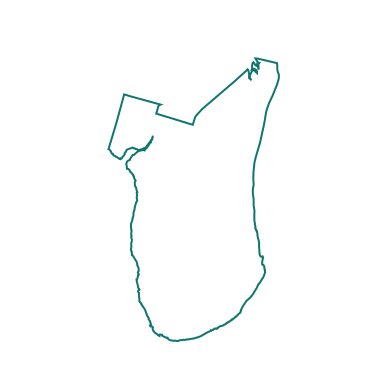 Kusini, Zanzibar South and Central, United Republic of Tanzania (orthographic projection), rotated 17°
{"feature_id": "72390352B36829534131483", "entity_name": "Kusini", "entity_type": "district", "adm_level": 2, "iso_a3": "TZA", "parent_name": "United Republic of Tanzania", "parent_adm1": "Zanzibar South and Central", "projection": "orthographic", "projection_center": [39.51, -6.327], "detail": "fine", "context": "isolated", "style": "outline", "palette": "teal", "viewbox_px": 384, "rotation_deg": 17, "n_neighbors": 0, "source": "geoboundaries", "source_scale": "gbopen_adm2", "svg_char_len": 6025}
<svg xmlns="http://www.w3.org/2000/svg" viewBox="0 0 384 384"><g transform="rotate(17 192 192)"><path d="M215.8,45.2L213.6,45.7L216.8,48.6L217.7,49.0L218.6,48.8L218.4,49.4L217.8,49.6L219.7,54.7L219.8,55.5L217.9,51.8L216.7,51.2L216.9,52.5L215.7,52.3L212.9,49.9L212.2,51.0L212.7,54.7L213.4,56.1L215.9,56.1L217.9,56.6L219.0,57.9L219.4,59.3L217.5,58.4L216.8,57.8L213.4,57.5L213.2,58.2L214.0,58.7L213.3,63.6L213.7,65.2L213.6,65.8L214.3,66.4L215.4,66.9L215.3,67.3L213.2,66.3L212.5,63.5L211.3,60.9L210.4,59.4L209.4,58.5L201.1,72.5L177.4,109.8L173.7,117.6L173.1,119.6L173.1,127.5L134.9,127.5L134.8,119.4L135.2,118.6L136.4,117.6L105.1,118.5L98.6,118.5L99.5,148.1L99.6,175.4L100.3,175.5L101.2,176.1L102.0,176.3L103.1,177.5L103.3,178.0L103.9,178.4L104.4,178.5L104.6,178.9L105.0,179.0L105.6,178.9L105.7,179.4L106.3,179.9L107.0,180.1L108.0,180.0L109.6,180.7L110.4,180.6L111.9,181.3L112.6,181.3L113.1,181.0L113.3,181.6L114.0,181.6L115.2,179.9L115.1,179.3L116.6,176.0L116.6,175.5L116.2,175.0L116.2,174.7L116.7,173.2L117.0,173.0L117.1,172.5L117.1,171.2L117.4,170.6L118.4,169.7L121.5,167.5L121.6,167.2L122.1,166.9L123.5,167.3L123.8,167.1L125.3,167.1L125.6,167.4L126.7,167.1L127.8,167.6L128.3,167.6L131.7,165.7L133.4,164.0L134.0,163.8L134.8,162.8L136.9,156.9L137.3,156.2L137.7,154.3L138.4,153.2L138.1,152.3L138.3,151.4L138.0,149.6L138.4,151.2L138.4,151.9L138.6,153.3L138.2,154.3L137.9,154.6L137.8,155.0L138.0,155.5L138.1,156.1L138.3,156.3L137.4,157.9L136.2,162.0L135.0,164.5L134.4,165.2L134.2,165.6L134.5,166.1L134.3,166.2L133.4,165.9L129.0,168.4L128.2,169.2L125.6,173.5L124.3,174.1L123.9,175.9L123.4,177.2L123.1,179.7L122.2,180.2L121.0,181.8L120.9,183.0L121.0,184.6L121.8,185.8L123.0,188.8L124.6,188.6L126.4,189.8L126.7,190.5L127.5,191.2L128.5,191.2L129.4,192.1L130.5,192.6L131.1,193.7L132.0,194.1L132.1,195.0L132.9,196.0L133.5,196.6L134.4,197.1L134.8,198.0L134.5,198.2L134.5,199.9L135.7,202.8L136.1,203.3L136.6,203.5L137.8,205.1L138.5,206.6L139.7,208.1L139.4,208.4L139.4,209.3L140.3,210.6L140.7,212.3L140.6,213.2L141.8,215.6L142.1,216.4L141.9,217.9L141.6,218.3L141.8,224.3L142.1,225.1L142.2,226.2L142.1,229.0L142.8,231.5L143.0,232.8L142.7,233.5L142.9,234.3L143.0,235.7L143.2,236.1L143.0,240.4L143.7,242.7L143.7,243.2L144.3,244.1L144.6,244.9L144.9,245.3L144.9,246.0L145.1,246.0L145.4,246.3L145.7,247.2L145.9,249.1L146.2,249.9L146.4,250.2L146.4,250.5L146.6,251.2L147.1,251.8L147.0,252.9L147.6,253.7L147.7,254.0L148.1,254.5L148.7,256.1L148.9,257.2L148.8,258.2L149.1,259.7L150.1,262.1L150.2,263.1L150.1,263.5L150.3,263.8L150.5,265.2L151.7,266.5L151.7,266.9L152.4,267.8L152.5,268.8L152.9,269.7L153.1,269.9L153.4,269.6L159.6,275.1L160.2,276.1L160.9,277.0L160.9,277.9L162.8,279.8L163.6,281.4L164.0,282.8L164.0,283.7L163.8,284.0L163.7,284.7L163.8,285.1L165.2,286.3L165.3,286.7L164.6,287.5L165.0,288.3L164.8,288.6L165.0,289.1L165.1,290.1L164.9,291.3L165.0,292.0L164.6,292.1L165.2,293.4L168.0,298.1L168.5,299.3L170.3,300.6L170.2,301.1L169.7,301.2L169.4,302.6L169.6,303.0L169.9,303.2L170.0,303.5L170.8,304.0L170.8,304.5L171.8,306.9L172.0,307.9L172.9,309.4L173.7,312.0L176.3,313.7L177.0,314.6L176.9,314.7L178.5,315.8L181.5,318.3L184.1,321.7L184.0,321.8L185.2,323.3L185.8,323.7L185.9,323.9L186.6,324.4L187.6,325.4L187.5,325.9L187.7,326.3L189.6,327.8L189.6,328.1L190.4,328.8L190.4,329.2L191.4,330.5L191.5,330.8L190.8,331.9L190.8,332.0L191.3,332.4L192.1,332.7L192.7,332.2L193.5,332.4L194.2,332.8L194.3,333.5L194.2,334.0L195.1,335.6L195.6,336.1L196.0,336.2L196.8,336.9L197.7,337.4L200.3,338.2L200.9,338.6L202.0,338.9L202.4,339.1L202.9,339.2L202.7,338.5L202.5,338.3L202.6,337.9L203.4,337.6L205.1,337.3L205.4,338.0L205.7,337.9L206.6,338.4L210.2,338.9L210.4,338.9L210.5,338.6L211.1,338.5L211.5,338.7L211.4,339.0L212.7,339.8L214.6,340.1L218.3,339.6L219.8,338.9L220.2,339.0L221.5,338.8L222.7,338.3L222.8,338.0L223.7,337.3L225.9,336.5L226.8,335.9L228.4,335.6L229.1,335.0L230.3,334.6L230.6,334.3L231.8,334.0L232.3,333.6L233.6,332.9L234.4,332.6L236.5,331.5L236.8,331.5L237.8,330.5L238.9,330.1L239.4,329.6L241.0,328.5L242.8,327.1L244.3,325.2L244.6,325.1L245.0,324.8L245.5,324.3L245.9,323.8L245.6,324.0L246.3,323.3L246.4,323.0L248.0,321.6L248.3,321.3L248.5,321.0L248.9,320.9L250.1,319.7L250.4,319.3L250.6,319.3L250.5,318.7L251.9,318.3L252.1,318.0L252.5,317.7L252.5,317.2L253.1,316.8L253.5,316.2L254.5,315.9L255.3,315.4L255.7,315.5L255.8,315.3L255.5,315.2L256.0,315.0L255.9,314.9L258.2,312.0L258.9,311.7L259.5,311.5L261.0,310.3L261.4,309.6L261.8,309.5L262.8,308.3L263.1,307.8L263.4,307.6L263.4,307.2L263.7,307.2L264.0,306.8L264.7,305.7L265.2,305.6L265.3,305.4L265.1,305.3L265.3,305.1L266.1,304.5L266.6,303.6L266.9,303.4L267.0,303.0L267.4,302.8L267.3,302.5L267.5,302.0L268.2,301.7L268.5,301.0L269.1,300.6L270.2,298.5L270.5,298.5L270.6,298.4L270.7,297.8L271.0,297.6L272.2,295.0L273.0,294.1L273.2,293.4L273.5,293.0L273.5,292.2L273.3,291.6L273.6,291.2L273.4,290.6L273.4,289.6L273.8,288.0L274.0,286.4L276.0,280.0L277.4,277.9L278.6,275.8L279.7,273.2L280.4,270.9L281.9,265.0L282.2,263.5L282.2,262.2L282.4,261.9L282.5,261.3L282.6,260.9L282.5,260.7L282.9,260.2L283.6,258.2L284.2,256.0L284.3,255.0L284.5,254.7L284.4,254.6L284.9,253.6L285.2,251.7L285.4,248.3L285.3,247.4L284.6,245.3L284.2,245.2L284.0,244.8L284.1,244.6L283.0,242.7L282.9,242.0L281.6,241.0L281.5,240.8L281.3,240.8L280.6,241.0L280.3,240.8L279.5,238.0L279.1,233.8L278.3,232.9L277.3,233.7L276.8,233.6L276.1,233.3L275.2,232.4L274.8,231.6L272.2,224.9L271.2,221.8L271.2,221.2L270.9,220.4L270.3,219.8L269.8,218.6L268.3,216.4L267.8,215.3L267.3,214.4L266.6,212.4L265.9,211.4L265.5,210.4L264.7,210.2L264.4,209.3L263.9,209.1L263.4,208.5L263.3,207.7L262.9,207.6L262.6,206.1L261.9,205.4L261.4,203.7L260.4,202.0L259.8,200.5L258.3,195.7L257.3,191.9L254.7,186.4L253.1,181.0L250.7,175.8L249.8,173.2L249.3,170.8L248.8,166.8L246.6,161.0L244.9,154.6L243.1,145.5L242.8,139.7L242.6,124.2L242.1,118.7L241.2,106.7L239.6,94.4L239.4,91.0L239.7,84.4L240.9,76.4L241.9,64.3L241.9,59.9L241.7,57.6L241.0,55.0L240.4,53.9L238.6,51.5L237.8,50.1L236.4,45.7L235.8,44.6L235.6,43.9L215.8,45.2Z" fill="none" stroke="#0f766e" stroke-width="2"/></g></svg>